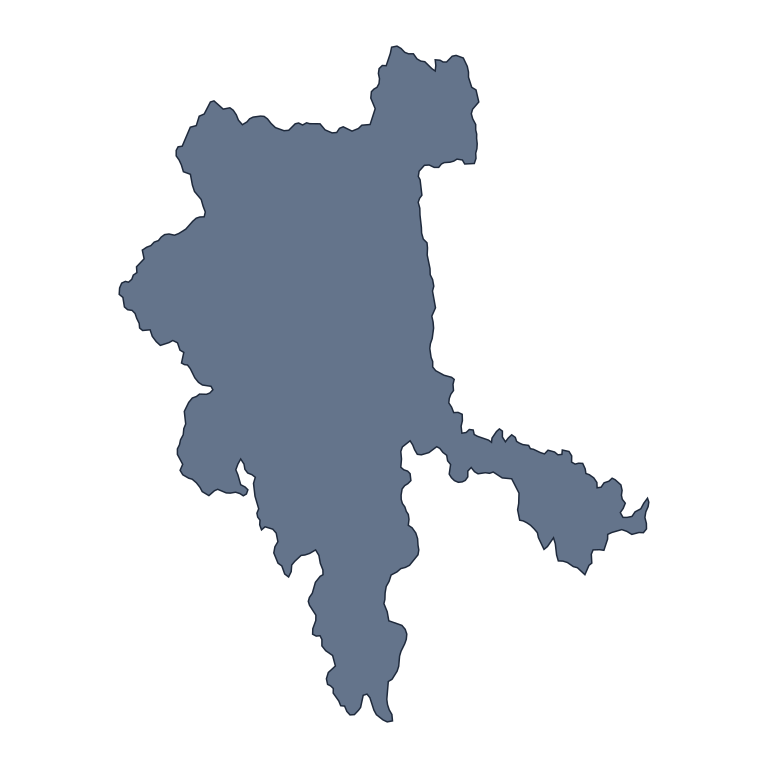 Guanhães, Minas Gerais, Brazil (Equal Earth projection)
{"feature_id": "56859067B12936840453094", "entity_name": "Guanhães", "entity_type": "district", "adm_level": 2, "iso_a3": "BRA", "parent_name": "Brazil", "parent_adm1": "Minas Gerais", "projection": "equal_earth", "projection_center": [-42.817, -18.856], "detail": "fine", "context": "isolated", "style": "filled", "palette": "slate", "viewbox_px": 768, "rotation_deg": 0, "n_neighbors": 0, "source": "geoboundaries", "source_scale": "gbopen_adm2", "svg_char_len": 6097}
<svg xmlns="http://www.w3.org/2000/svg" viewBox="0 0 768 768"><path d="M648.1,506.7L648.8,502.2L647.5,498.2L643.8,503.2L640.8,508.8L635.1,511.8L632.0,516.4L627.2,517.4L623.0,517.4L620.3,512.6L623.2,508.4L625.3,503.2L622.3,499.3L621.4,495.3L622.1,490.4L620.9,484.9L615.1,479.7L612.1,478.2L608.9,481.2L604.1,482.8L601.1,487.2L597.1,487.8L596.9,482.5L593.8,477.9L589.3,474.7L585.9,473.5L585.2,468.9L582.7,463.4L578.6,463.2L575.1,464.1L571.6,462.1L571.7,455.9L569.0,451.5L562.3,450.0L561.9,454.4L557.9,454.8L554.6,452.0L548.0,450.2L544.5,453.9L540.4,452.6L533.5,449.3L530.4,448.7L528.6,445.4L522.8,444.6L519.4,443.1L516.6,441.4L515.3,437.4L511.7,434.8L508.3,438.0L505.4,441.8L502.4,437.0L502.4,431.1L499.4,428.9L496.5,431.5L492.0,438.1L491.5,442.3L488.5,440.1L477.5,436.3L474.2,434.5L473.2,430.0L469.3,429.5L466.2,432.5L461.9,433.2L461.1,426.2L462.4,420.7L462.2,414.3L458.1,412.4L453.7,412.6L451.6,407.2L448.8,402.9L449.3,398.4L450.8,394.3L453.5,390.5L453.0,384.4L454.2,379.4L451.6,377.3L443.9,375.2L435.7,370.7L432.7,367.0L432.7,361.5L431.1,357.5L429.8,348.5L430.4,343.7L432.2,338.5L433.6,328.1L433.1,322.1L431.8,316.1L435.5,307.8L432.5,291.0L433.8,286.2L432.6,279.6L430.2,274.7L430.0,268.6L427.2,255.0L427.5,247.9L427.0,242.8L423.3,239.1L421.6,233.1L421.4,227.6L420.0,215.1L419.8,208.2L418.2,202.3L419.6,198.3L421.9,195.2L420.1,179.8L418.3,176.5L419.1,171.2L424.4,165.3L429.2,165.0L434.2,167.4L438.7,167.4L441.4,164.0L444.2,162.6L450.0,162.2L453.8,161.1L457.0,159.1L462.4,160.0L464.7,164.0L474.3,163.5L476.0,158.4L475.7,153.2L476.9,148.7L477.2,143.8L476.6,138.4L476.7,134.1L475.7,130.0L475.7,124.5L472.7,118.8L471.3,113.7L472.6,109.2L478.8,102.0L476.0,89.9L471.7,87.3L468.5,77.2L468.5,72.1L467.3,66.4L463.3,58.0L456.1,55.4L452.2,56.2L446.6,62.0L443.1,62.0L440.0,60.2L435.2,59.8L435.8,65.5L435.2,71.0L431.8,68.6L424.8,61.7L420.8,61.1L417.0,58.9L413.4,53.8L408.5,53.8L404.7,52.3L401.1,48.5L397.0,46.1L391.6,47.2L390.3,53.5L386.2,65.7L382.3,65.5L379.1,68.6L378.4,73.5L379.5,78.7L379.0,83.6L377.0,87.3L373.9,89.1L371.4,91.7L370.8,98.1L375.2,108.7L370.1,124.5L361.8,125.2L358.4,128.5L352.0,131.1L343.2,126.8L339.5,128.3L336.7,132.5L332.1,132.9L325.1,129.9L320.0,123.8L309.7,123.7L306.6,122.8L302.6,125.0L298.6,123.0L295.2,123.8L288.7,130.3L284.0,130.7L275.4,127.6L271.0,123.4L267.5,118.9L264.1,116.4L260.5,116.1L253.1,117.1L249.6,118.8L247.0,121.9L242.4,124.7L238.4,120.1L236.3,114.8L233.2,110.2L229.9,107.8L223.2,109.1L214.0,100.9L210.4,102.0L204.2,114.0L199.2,116.2L196.3,125.6L190.3,127.2L182.2,146.2L178.1,146.8L176.2,150.4L176.2,155.9L179.1,160.0L181.4,165.0L183.4,171.7L190.4,174.3L192.4,185.1L194.5,191.5L201.2,199.5L203.1,206.2L205.3,212.0L204.2,216.8L199.8,217.0L196.2,218.2L192.7,221.3L185.8,229.1L178.8,233.5L174.5,235.2L169.0,234.0L164.6,234.6L161.2,237.1L158.4,240.6L154.2,242.1L150.9,245.6L146.7,247.2L142.3,250.1L144.1,258.8L136.5,266.8L136.9,272.6L133.3,275.1L131.8,279.3L128.5,282.2L125.4,281.4L121.7,283.1L119.6,287.9L119.2,294.4L122.9,297.4L124.4,306.9L127.6,309.7L132.1,310.4L135.1,313.5L136.7,318.3L139.2,323.4L139.6,328.0L142.6,330.5L150.1,329.8L152.3,336.4L156.2,341.6L160.3,345.4L169.0,342.6L172.8,340.5L177.5,342.8L180.0,350.2L183.8,352.4L181.5,363.0L184.4,364.6L187.5,365.0L190.3,368.7L194.8,377.8L198.5,382.4L202.4,385.0L211.0,386.3L212.9,389.8L209.8,393.0L206.5,394.3L199.5,394.1L196.4,396.5L192.3,398.0L188.7,402.4L184.3,411.4L185.7,424.0L183.8,428.6L183.2,434.8L180.5,439.8L179.5,444.7L177.4,448.9L177.4,454.4L182.7,464.3L180.1,470.3L182.8,474.8L188.7,478.2L192.2,479.2L196.4,482.8L200.0,487.4L202.2,491.6L208.9,495.6L214.5,490.7L217.7,489.3L226.2,492.9L230.3,493.1L235.6,492.2L240.0,493.6L243.3,495.8L246.4,494.0L247.9,489.8L245.1,487.0L240.7,484.7L237.9,474.8L235.8,469.8L237.9,464.1L240.7,459.0L244.0,464.1L244.9,469.3L247.7,473.0L252.0,474.7L255.3,477.3L253.5,483.4L255.0,496.2L258.7,508.8L256.9,513.2L257.7,517.1L260.0,520.2L259.7,524.8L261.5,529.9L265.1,526.8L272.8,529.2L276.2,533.1L277.9,541.7L274.9,546.8L273.8,552.9L278.0,563.2L281.8,565.9L284.7,574.0L288.6,577.0L291.2,571.6L291.7,565.0L294.7,561.4L301.1,555.4L304.9,555.0L309.7,553.4L315.6,549.9L318.9,555.4L320.3,563.3L322.9,569.9L323.0,574.7L320.2,576.3L315.4,582.3L312.3,593.2L309.4,597.4L308.3,601.4L309.5,605.3L315.9,615.2L315.8,620.5L312.8,628.7L312.6,634.2L316.2,636.1L320.0,635.7L321.9,639.5L321.9,645.9L325.7,650.7L332.6,655.5L335.4,666.0L328.3,672.5L326.4,678.8L327.6,684.4L330.5,685.8L333.3,688.5L333.2,693.1L338.8,701.0L340.7,705.7L344.6,706.1L346.9,711.5L350.0,714.9L354.4,714.6L358.5,710.3L360.6,707.4L363.2,695.3L367.0,694.1L369.9,697.7L373.9,710.1L376.4,714.7L383.0,719.9L387.2,721.9L392.5,720.9L391.9,714.5L389.2,709.8L387.5,704.6L386.8,699.3L388.3,681.5L392.1,679.2L397.1,671.2L398.7,666.3L399.6,656.0L401.0,651.3L404.7,643.8L406.3,639.3L406.8,634.1L405.2,629.3L401.9,625.4L388.8,620.8L387.2,611.7L383.9,603.6L384.9,599.4L385.1,593.0L386.2,586.5L389.1,581.3L391.1,575.0L397.0,571.9L400.8,568.6L405.4,567.4L409.5,565.3L418.0,554.8L418.8,549.9L418.0,545.2L417.6,538.7L415.8,533.0L412.1,527.8L408.3,525.3L409.0,519.3L408.3,514.4L406.3,511.4L404.9,507.0L402.4,503.5L401.2,499.4L401.1,495.1L402.1,489.0L404.7,485.6L407.8,483.7L410.9,480.6L410.1,473.7L407.6,471.1L403.8,469.8L400.8,467.2L401.5,459.0L400.8,451.5L402.4,446.9L410.1,440.8L412.7,444.9L414.6,449.7L417.3,454.3L421.4,454.8L428.9,452.6L436.7,446.7L439.8,448.4L442.9,452.4L446.7,455.3L447.6,460.8L450.6,464.5L449.2,474.1L451.4,477.7L454.4,480.6L458.3,482.3L462.2,481.9L465.3,480.4L467.8,476.9L467.8,471.1L471.2,467.5L474.5,471.7L478.0,473.8L485.3,472.7L489.6,473.3L493.2,472.0L502.2,477.9L511.7,478.8L519.0,493.1L518.7,503.5L517.6,509.8L519.7,520.2L523.2,520.9L526.9,522.8L530.6,525.3L534.1,528.8L537.4,532.7L538.4,537.6L544.0,549.4L547.4,546.6L553.5,537.8L555.3,543.7L556.6,555.0L558.3,560.9L562.9,561.1L567.4,562.5L573.3,566.6L577.4,567.7L584.9,574.7L589.0,565.3L591.8,563.1L591.3,554.2L593.1,549.9L599.6,549.7L603.9,550.3L607.6,539.1L607.7,534.4L611.8,532.5L621.8,529.6L626.9,531.4L631.8,534.4L639.0,532.5L643.4,532.7L646.5,528.9L646.4,523.5L644.9,517.5L645.8,511.9L648.1,506.7Z" fill="#64748b" stroke="#1e293b" stroke-width="1.5"/></svg>